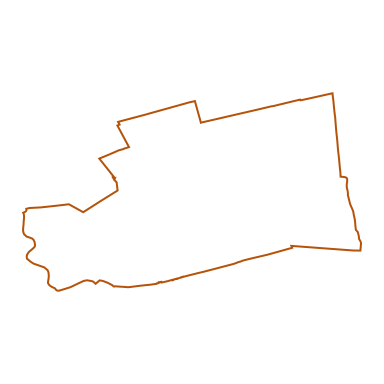 Ivesti, Galati, Romania (Natural Earth projection)
{"feature_id": "2599482B90967632450026", "entity_name": "Ivesti", "entity_type": "district", "adm_level": 2, "iso_a3": "ROU", "parent_name": "Romania", "parent_adm1": "Galati", "projection": "natural_earth1", "projection_center": [27.541, 45.68], "detail": "fine", "context": "isolated", "style": "outline", "palette": "amber", "viewbox_px": 384, "rotation_deg": 0, "n_neighbors": 0, "source": "geoboundaries", "source_scale": "gbopen_adm2", "svg_char_len": 3096}
<svg xmlns="http://www.w3.org/2000/svg" viewBox="0 0 384 384"><path d="M95.6,283.8L97.6,282.1L99.6,280.4L102.3,280.8L104.4,281.5L105.9,282.1L107.5,282.7L110.8,284.4L111.6,284.8L112.4,285.3L113.4,286.2L114.1,286.6L114.9,286.3L121.0,286.7L122.9,286.8L127.7,287.2L128.4,287.2L129.0,287.1L132.7,286.7L135.0,286.4L140.5,285.7L146.2,285.1L151.1,284.6L153.7,284.2L156.4,283.9L156.6,283.4L158.0,283.3L158.2,282.8L158.6,282.8L158.6,282.6L159.3,282.5L159.2,282.2L159.5,282.2L161.4,281.8L161.6,282.5L162.0,282.4L162.3,282.4L162.8,282.3L167.5,281.2L170.3,280.4L170.9,280.2L171.4,280.1L171.6,280.1L171.8,280.0L172.5,279.8L172.6,280.3L173.3,280.1L173.3,279.6L176.5,278.7L176.5,279.0L177.5,278.8L177.5,278.5L179.3,278.0L179.6,277.9L180.7,277.6L180.9,277.6L181.0,277.6L181.4,277.5L181.3,277.2L183.4,276.6L183.5,276.8L185.7,276.2L191.2,274.8L191.6,274.7L194.4,274.0L197.9,273.1L203.5,271.8L231.8,264.4L233.3,264.0L236.9,262.8L237.4,262.4L237.7,262.3L240.8,261.5L241.7,261.0L244.7,260.1L252.9,258.1L267.5,254.7L292.2,247.8L291.4,245.9L353.2,250.5L360.4,250.6L361.0,243.9L360.9,242.7L360.6,241.6L359.1,239.0L358.8,236.1L357.8,232.1L355.8,229.7L355.6,227.6L355.4,225.6L355.3,224.6L355.2,222.6L355.1,222.4L354.9,220.4L354.8,219.3L354.7,219.0L354.4,217.5L353.8,215.0L353.5,213.2L353.4,212.1L352.8,210.4L352.2,208.9L351.9,208.1L351.2,206.7L350.7,205.4L350.5,205.1L350.2,204.0L349.8,203.0L349.7,202.3L349.3,200.7L348.9,199.2L348.4,197.1L347.9,195.3L347.9,193.0L347.7,191.6L347.6,190.7L347.2,189.1L346.9,188.3L346.8,186.5L346.7,185.3L346.8,183.8L347.1,182.5L347.2,179.2L347.1,178.8L346.6,178.1L346.5,177.8L344.9,177.1L343.1,176.9L340.6,176.7L340.4,172.9L340.2,170.7L339.9,168.2L339.6,165.0L339.1,159.5L337.9,148.7L337.3,141.0L336.4,132.6L335.8,125.8L335.4,120.6L335.2,117.3L335.1,116.7L335.0,116.1L334.8,115.1L334.7,113.8L334.4,111.3L333.9,106.4L333.4,101.0L332.8,96.4L332.5,93.3L330.1,93.8L319.8,96.1L312.2,97.8L300.7,100.3L300.4,100.2L300.3,99.9L300.1,99.6L272.7,106.2L271.9,106.2L259.7,109.1L201.1,122.6L200.9,122.7L194.9,101.1L189.2,102.4L148.3,113.8L148.2,113.9L121.3,121.0L118.1,121.9L119.6,124.6L117.4,125.5L129.0,147.1L128.4,147.3L124.2,148.6L123.6,149.0L118.5,150.4L115.9,151.6L107.3,155.3L99.7,158.4L99.3,158.6L113.0,175.8L113.8,176.8L114.0,177.0L112.8,177.3L114.0,179.3L114.7,178.9L114.3,179.9L116.6,182.3L117.6,190.5L99.3,201.9L99.2,202.0L83.2,212.2L72.4,206.2L69.7,204.7L68.9,204.3L67.8,204.4L57.5,205.6L40.9,207.4L35.2,207.7L29.4,208.0L28.0,208.4L27.9,208.4L26.3,208.8L26.4,209.2L26.4,209.6L26.4,210.0L26.3,210.5L25.9,211.3L24.7,212.1L23.2,212.7L23.5,213.5L23.8,214.2L24.1,216.8L23.7,221.7L23.5,224.7L23.1,229.0L23.0,230.0L23.1,230.3L23.3,232.0L24.0,234.1L26.5,236.5L30.3,237.8L32.2,238.6L33.6,239.9L34.6,242.1L35.0,244.8L34.8,246.6L32.9,248.6L28.8,252.0L27.0,254.8L26.7,256.7L27.0,258.7L30.6,261.7L33.5,263.6L44.3,267.4L47.6,270.2L48.5,272.4L48.8,275.8L48.6,278.4L48.0,282.0L48.1,283.4L49.5,285.3L51.5,286.7L55.0,288.4L56.1,289.9L57.2,290.6L58.9,290.7L62.4,289.7L70.4,287.2L79.6,282.8L83.7,280.9L87.1,280.3L92.3,281.2L93.0,281.6L93.7,282.0L95.6,283.8Z" fill="none" stroke="#b45309" stroke-width="2"/></svg>